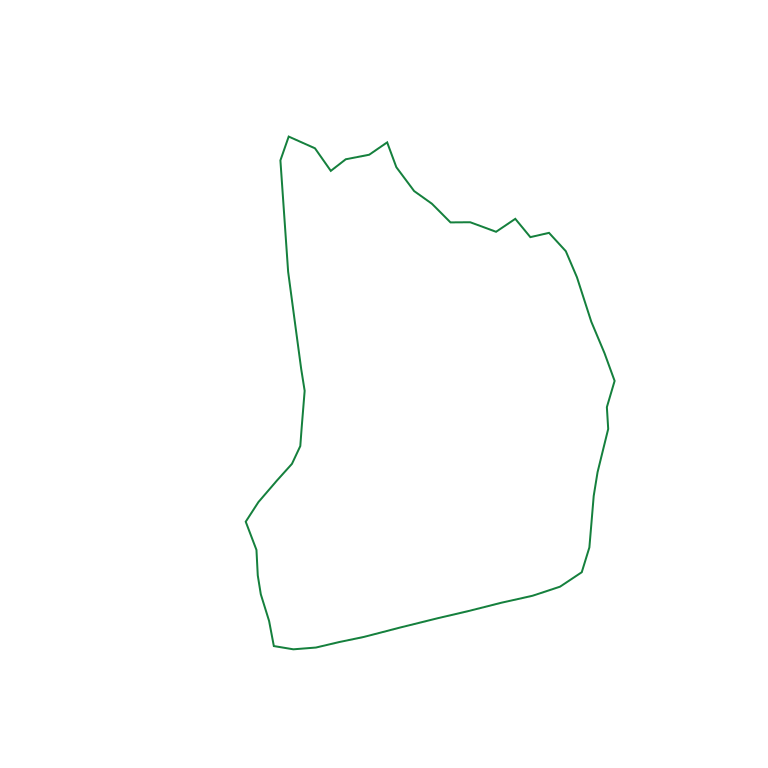 Riachão do Poço, Paraíba, Brazil, rotated 331°
{"feature_id": "56859067B79457448818659", "entity_name": "Riachão do Poço", "entity_type": "district", "adm_level": 2, "iso_a3": "BRA", "parent_name": "Brazil", "parent_adm1": "Paraíba", "projection": "robinson", "projection_center": [-35.291, -7.148], "detail": "fine", "context": "isolated", "style": "outline", "palette": "green", "viewbox_px": 768, "rotation_deg": 331, "n_neighbors": 0, "source": "geoboundaries", "source_scale": "gbopen_adm2", "svg_char_len": 826}
<svg xmlns="http://www.w3.org/2000/svg" viewBox="0 0 768 768"><g transform="rotate(331 384 384)"><path d="M160.6,559.8L176.1,572.1L196.7,581.5L219.8,588.0L243.6,595.4L280.0,604.8L317.8,615.0L348.1,623.6L380.6,632.2L411.2,641.2L439.7,646.6L465.7,644.5L484.4,626.5L497.0,607.7L513.2,583.5L528.0,564.7L544.3,547.1L558.3,532.0L567.7,512.3L587.2,493.1L591.8,464.0L595.5,430.0L604.5,384.2L607.4,356.0L601.6,331.8L583.2,326.5L578.9,303.2L555.8,305.2L537.8,284.3L520.5,274.9L513.3,249.6L503.9,229.9L499.9,200.4L503.9,174.2L482.2,176.3L459.5,168.9L440.8,171.8L437.9,144.4L420.6,121.4L401.8,138.2L354.6,239.3L334.4,290.9L318.9,330.6L311.3,351.5L291.2,381.7L280.7,397.7L264.8,409.2L243.6,416.5L216.9,426.4L196.3,437.4L192.0,467.3L180.8,490.2L174.3,508.2L168.6,535.6L160.6,559.8Z" fill="none" stroke="#15803d" stroke-width="2"/></g></svg>